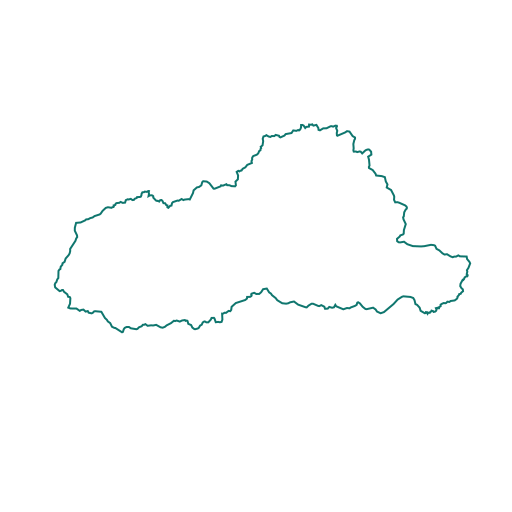 Aymaraes, Apurímac, Peru, rotated 251°
{"feature_id": "86281439B92095517476211", "entity_name": "Aymaraes", "entity_type": "district", "adm_level": 2, "iso_a3": "PER", "parent_name": "Peru", "parent_adm1": "Apurímac", "projection": "albers", "projection_center": [-73.254, -14.321], "detail": "fine", "context": "isolated", "style": "outline", "palette": "teal", "viewbox_px": 512, "rotation_deg": 251, "n_neighbors": 0, "source": "geoboundaries", "source_scale": "gbopen_adm2", "svg_char_len": 6108}
<svg xmlns="http://www.w3.org/2000/svg" viewBox="0 0 512 512"><g transform="rotate(251 256 256)"><path d="M295.6,57.3L294.3,56.3L291.7,55.9L286.7,58.9L286.6,60.1L287.0,61.4L286.7,62.4L284.7,62.8L281.2,65.1L278.6,65.1L277.9,66.5L277.3,66.7L276.4,66.7L271.4,64.6L268.3,61.7L266.8,63.4L264.8,69.1L261.5,71.5L261.9,73.1L261.5,75.4L258.9,76.8L258.7,79.0L256.9,79.3L255.3,81.9L255.4,83.1L256.3,84.8L256.2,85.9L253.6,91.6L246.5,93.0L244.3,94.2L242.4,94.6L240.0,96.3L236.0,96.8L234.1,98.7L233.7,99.6L227.5,104.5L227.6,105.5L229.8,107.1L230.8,108.5L231.0,110.5L230.2,112.8L228.4,114.1L225.7,119.1L225.7,120.2L226.7,122.2L226.8,125.0L227.8,126.6L227.4,127.9L227.6,129.2L225.3,130.8L224.6,134.3L223.8,136.1L223.4,139.2L219.7,142.5L218.6,144.4L218.7,146.8L219.5,148.9L220.2,153.8L221.5,157.3L220.8,158.3L220.8,160.0L218.8,162.6L219.1,165.1L218.6,167.9L217.6,168.3L217.5,169.6L216.8,170.1L213.9,169.9L211.8,172.2L209.1,172.5L207.0,173.9L206.6,174.6L206.4,177.3L206.7,178.5L208.4,180.5L208.7,182.3L210.5,184.0L210.9,185.5L210.8,186.3L209.4,187.5L208.8,189.3L210.6,192.6L211.9,193.8L211.2,196.1L210.4,196.4L206.5,196.4L206.0,198.8L205.1,200.3L204.9,202.0L206.8,203.5L212.5,205.2L212.2,205.8L212.6,207.9L212.0,209.1L213.0,212.2L212.2,213.7L213.1,215.0L215.9,216.4L218.1,221.6L217.9,231.5L218.7,233.6L220.2,234.3L219.3,237.0L219.6,238.5L220.1,239.0L221.4,239.0L221.8,239.5L221.8,242.3L220.0,243.9L219.1,246.7L220.1,249.1L222.3,251.9L221.8,255.1L221.7,255.6L217.3,256.6L215.6,257.9L213.7,258.4L209.8,260.9L207.3,261.7L202.8,265.4L201.1,269.0L200.8,271.1L201.1,273.2L200.6,277.1L196.3,280.0L191.4,286.2L190.9,287.2L192.0,289.5L192.8,293.0L192.3,294.4L188.5,298.6L188.0,299.6L188.3,301.7L185.8,304.1L183.6,304.1L182.9,306.7L184.0,308.7L182.3,311.1L182.1,313.0L184.0,315.1L182.3,315.5L177.2,321.2L177.2,325.1L176.1,327.4L176.5,328.8L176.6,333.2L177.0,335.2L178.9,336.6L179.0,337.5L177.4,338.8L173.3,340.3L170.3,342.2L169.7,343.3L169.0,349.9L166.5,351.7L164.1,352.3L161.3,355.2L161.3,358.7L165.8,370.4L168.7,375.7L169.9,380.7L169.9,382.2L167.0,388.7L165.1,391.0L162.6,391.5L158.6,391.1L157.4,392.4L153.9,393.9L150.6,393.8L146.9,397.0L146.8,398.5L147.5,398.6L147.1,399.5L145.6,399.5L146.3,400.5L145.7,401.8L146.4,402.6L146.5,403.6L147.2,404.2L146.1,405.6L145.3,405.7L145.1,407.3L145.6,408.5L146.5,409.2L148.1,409.1L147.9,411.3L147.3,411.1L147.0,412.0L148.1,412.6L148.4,414.2L149.9,414.7L150.3,416.5L150.4,418.3L149.7,419.5L149.7,420.6L150.5,422.1L149.6,423.9L150.1,425.3L149.3,429.4L150.1,431.9L151.0,433.0L151.9,433.2L153.1,435.3L153.8,435.7L153.6,437.2L154.5,438.1L155.3,440.3L157.1,440.7L158.7,439.8L161.0,439.3L163.1,440.3L165.5,442.9L165.7,443.9L166.3,443.9L166.4,445.1L167.8,446.3L168.4,448.4L168.0,449.0L168.3,449.5L169.0,449.9L170.2,449.3L172.4,450.7L173.9,450.8L175.6,453.0L179.3,456.1L181.0,455.9L184.4,454.6L186.9,455.0L189.3,448.7L190.7,447.5L190.3,445.0L190.9,443.3L190.8,441.6L192.4,439.7L195.5,437.2L196.0,434.7L197.8,433.2L201.6,431.2L204.0,429.0L207.4,428.7L208.3,427.8L209.6,425.1L210.5,418.3L211.3,415.2L214.3,407.5L217.9,402.9L221.3,400.6L221.9,396.8L222.5,395.4L224.0,394.3L226.3,394.9L227.6,398.2L228.5,399.2L228.5,401.9L229.0,402.9L232.4,404.3L237.4,408.0L242.6,407.4L244.7,407.7L245.3,408.6L249.1,410.4L251.2,412.7L251.7,413.9L252.5,414.4L253.7,414.4L255.3,413.5L259.7,408.8L260.8,407.3L261.4,405.1L264.2,404.8L267.0,406.0L268.3,406.1L274.4,405.2L278.2,401.9L280.9,403.6L284.2,403.0L288.6,403.5L290.6,400.9L293.0,395.8L294.9,395.8L299.3,394.3L302.4,391.5L303.4,391.7L304.6,392.8L310.3,394.2L313.4,394.4L314.3,398.1L317.2,398.8L319.7,397.7L320.3,396.7L320.4,394.8L320.1,393.5L318.4,389.8L320.5,389.0L321.1,388.1L321.3,385.5L322.2,384.6L322.9,382.4L324.3,382.5L326.0,383.4L330.2,384.5L333.5,386.6L334.6,387.8L335.8,388.2L337.9,386.4L343.2,384.9L344.4,382.7L343.8,380.5L343.2,372.1L343.7,371.8L346.0,372.4L347.9,373.6L351.0,373.4L352.1,374.7L352.8,374.8L353.4,373.5L353.2,371.0L354.0,370.0L354.4,368.8L353.8,364.3L354.8,361.1L354.0,357.4L354.9,356.2L356.7,356.6L360.3,355.8L360.6,352.7L362.2,352.0L362.1,350.9L363.0,349.0L361.1,348.2L361.7,345.6L361.0,344.2L363.8,343.5L364.8,342.5L365.2,341.3L362.8,340.4L361.2,338.9L360.7,337.5L361.4,336.9L361.2,334.9L362.6,332.1L360.7,329.6L361.6,323.7L360.6,322.1L360.2,317.7L360.9,317.0L362.2,316.9L364.1,314.0L363.4,312.4L364.3,310.0L363.9,308.3L364.9,306.8L366.9,305.1L366.5,304.2L366.6,302.0L364.6,300.5L362.3,300.2L358.5,298.2L357.7,296.0L356.3,296.0L355.7,295.1L354.5,294.6L354.2,293.2L352.3,291.5L351.5,289.7L351.4,286.0L350.9,285.2L349.9,284.2L348.4,283.8L347.2,282.6L345.3,282.4L345.0,277.4L343.3,274.8L342.8,271.8L341.5,270.1L341.8,269.2L341.4,267.8L342.3,267.0L341.8,265.1L338.0,265.3L334.4,263.8L333.0,260.8L329.4,260.0L328.7,258.9L330.1,255.5L331.5,254.0L332.4,251.7L333.5,251.4L333.3,247.6L334.2,246.0L333.4,245.2L333.1,238.8L333.5,237.8L340.0,235.6L342.4,233.7L343.9,230.4L343.3,229.2L340.6,227.3L339.8,224.6L340.1,222.5L338.4,218.4L336.0,216.9L331.0,211.8L331.7,210.8L332.6,206.8L332.5,205.6L334.1,204.2L333.4,200.9L334.0,199.8L334.0,195.0L333.3,193.8L331.2,192.5L331.4,191.2L330.1,188.8L330.9,188.1L332.7,188.7L333.4,187.7L335.4,187.3L336.1,185.7L338.4,185.5L339.7,184.9L340.0,183.6L339.0,182.2L340.2,181.1L340.2,180.5L341.0,179.5L344.6,177.9L346.0,178.3L346.6,178.0L347.3,177.3L347.9,175.5L347.6,173.9L349.7,175.1L351.1,175.2L352.2,175.9L352.5,175.3L352.2,173.6L353.1,171.8L352.8,171.0L353.2,169.3L352.0,168.0L350.8,167.5L349.6,166.4L349.6,165.5L350.4,162.7L349.7,162.1L349.6,159.9L348.8,158.8L349.1,157.4L350.8,156.2L350.9,153.9L351.4,153.2L351.2,151.1L349.1,149.6L349.6,147.3L351.2,145.6L350.8,144.1L351.4,141.4L351.2,140.4L350.1,139.6L350.2,137.9L349.1,137.7L348.7,137.2L348.9,136.0L348.6,135.1L350.3,131.9L350.4,129.6L348.6,125.6L346.6,122.9L346.2,121.7L346.3,116.3L345.6,114.1L345.8,111.6L345.4,109.4L345.9,107.3L345.3,106.0L344.8,101.1L345.9,96.7L341.7,93.9L338.9,92.9L333.8,93.5L332.1,93.1L331.1,91.7L329.1,90.2L323.2,82.6L321.1,81.9L319.1,80.6L317.8,79.1L315.6,75.2L312.8,73.1L312.1,70.7L310.7,70.0L309.5,67.9L307.3,66.7L307.2,65.7L306.2,64.4L299.5,61.9L298.6,60.5L296.3,58.7L295.6,57.3Z" fill="none" stroke="#0f766e" stroke-width="2"/></g></svg>